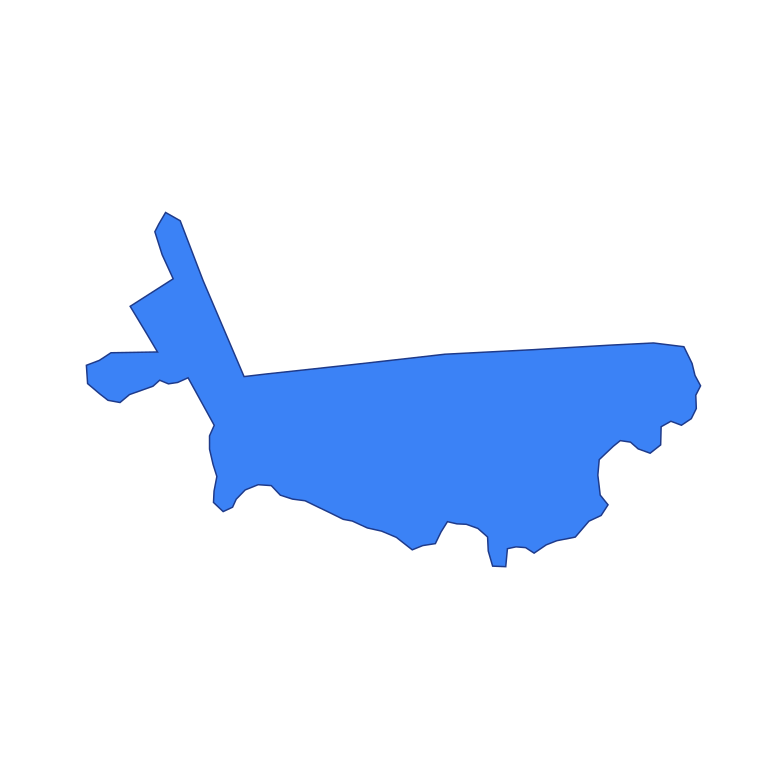 the district of Primavera, Pernambuco, Brazil, rotated 123°
{"feature_id": "56859067B11110903525977", "entity_name": "Primavera", "entity_type": "district", "adm_level": 2, "iso_a3": "BRA", "parent_name": "Brazil", "parent_adm1": "Pernambuco", "projection": "mercator", "projection_center": [-35.383, -8.341], "detail": "fine", "context": "isolated", "style": "filled", "palette": "blue", "viewbox_px": 768, "rotation_deg": 123, "n_neighbors": 0, "source": "geoboundaries", "source_scale": "gbopen_adm2", "svg_char_len": 1359}
<svg xmlns="http://www.w3.org/2000/svg" viewBox="0 0 768 768"><g transform="rotate(123 384 384)"><path d="M358.1,643.8L359.1,660.6L372.3,660.0L381.1,659.1L396.4,640.5L410.6,618.1L457.1,639.2L470.6,611.4L480.5,591.4L506.5,630.0L519.2,635.6L530.4,643.8L545.1,632.8L547.1,617.0L548.0,606.6L543.3,595.3L531.5,591.7L511.6,576.5L503.0,574.2L501.3,564.9L495.1,557.9L485.5,551.7L511.1,503.9L522.5,502.1L533.7,494.8L544.6,483.5L552.6,473.8L566.4,468.2L576.2,462.5L578.6,449.4L569.8,443.9L561.1,445.2L548.4,442.7L537.0,434.7L530.6,423.2L533.7,410.4L530.4,398.1L524.9,386.6L523.0,371.3L521.5,359.8L519.7,344.5L516.2,336.0L513.8,319.6L508.7,305.9L505.9,290.2L507.7,270.0L498.4,263.5L489.9,254.0L477.0,255.6L464.9,255.8L461.6,246.7L456.8,238.5L454.0,226.6L455.9,213.8L467.3,205.6L477.6,193.7L470.9,182.4L454.9,190.8L448.7,184.6L444.1,176.1L444.1,166.0L430.5,160.3L421.3,153.7L408.2,140.2L387.4,137.4L376.0,130.3L363.3,130.3L359.4,142.2L351.9,148.4L344.0,155.0L330.2,162.3L311.4,157.8L302.8,155.0L298.5,145.6L300.0,135.5L297.1,123.1L284.4,118.8L268.9,128.3L259.0,123.1L256.6,112.1L245.7,107.4L234.5,108.7L223.6,116.4L213.1,117.5L207.4,127.9L199.0,136.8L189.4,152.8L202.8,180.3L227.3,214.2L236.7,227.0L266.0,266.8L273.7,277.2L325.9,349.2L359.4,389.9L389.2,426.2L438.9,487.2L454.0,505.4L395.9,591.9L358.1,643.8Z" fill="#3b82f6" stroke="#1e3a8a" stroke-width="1.5"/></g></svg>